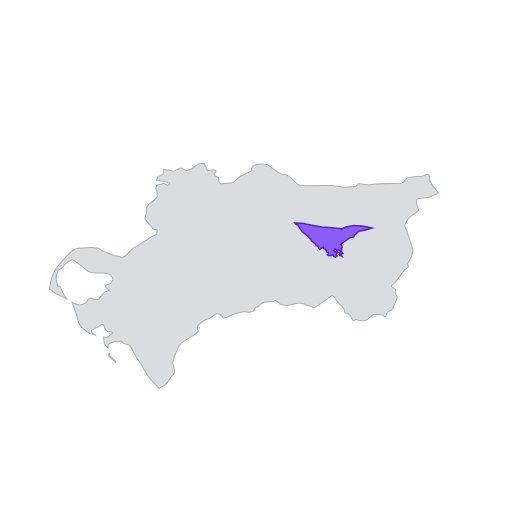 Bayramaly, Mary, Turkmenistan (highlighted), rotated 325°
{"feature_id": "10190150B73073283057167", "entity_name": "Bayramaly", "entity_type": "district", "adm_level": 2, "iso_a3": "TKM", "parent_name": "Turkmenistan", "parent_adm1": "Mary", "projection": "robinson", "projection_center": [62.199, 38.282], "detail": "fine", "context": "in_parent", "style": "filled", "palette": "violet", "viewbox_px": 512, "rotation_deg": 325, "n_neighbors": 0, "source": "geoboundaries", "source_scale": "gbopen_adm2", "svg_char_len": 5591}
<svg xmlns="http://www.w3.org/2000/svg" viewBox="0 0 512 512"><g transform="rotate(325 256 256)"><path d="M159.6,179.2L180.7,180.3L187.2,181.1L189.9,178.3L189.8,177.6L188.8,177.0L187.3,175.0L186.2,161.8L188.1,159.9L190.2,158.6L193.4,154.4L195.0,153.2L197.5,152.1L205.5,151.8L208.9,151.0L211.9,146.3L212.5,143.6L214.7,141.4L216.0,141.4L221.4,143.3L222.6,144.2L224.3,147.7L226.4,147.5L226.7,146.9L226.5,146.1L225.0,144.0L221.6,140.1L218.3,137.6L218.1,136.8L220.9,134.9L226.7,135.7L228.1,135.1L229.7,131.9L237.1,139.0L238.5,139.7L244.6,140.6L245.6,141.6L247.6,145.6L249.6,146.7L252.1,147.5L262.9,147.6L266.2,150.3L266.8,151.0L266.1,152.9L265.9,156.6L265.0,158.0L265.5,158.7L269.3,160.2L271.6,162.6L271.8,163.6L271.1,164.3L269.3,163.9L268.5,165.0L268.4,166.9L269.7,168.7L270.1,170.4L268.2,174.2L268.1,175.8L268.7,176.7L278.4,182.4L279.9,182.6L289.3,181.6L291.0,182.2L299.2,183.5L301.5,183.3L303.1,181.5L304.6,180.7L306.0,180.7L309.9,181.9L314.0,184.3L316.8,186.6L318.1,188.6L321.9,199.9L324.4,204.5L327.3,206.9L329.3,211.3L331.1,220.9L332.2,222.9L336.7,226.7L359.7,242.5L366.6,249.6L377.4,256.3L381.3,255.5L389.7,262.8L395.1,265.5L402.0,269.9L416.6,279.7L419.7,280.1L423.2,278.7L426.2,279.5L431.7,282.1L437.6,285.9L442.6,287.2L444.0,288.8L444.1,289.7L441.4,294.5L441.1,300.6L441.6,308.8L440.2,309.0L430.3,306.7L421.0,301.6L418.8,303.2L417.7,304.9L415.4,312.0L402.9,312.4L395.5,315.9L388.9,339.0L387.5,341.8L383.3,345.6L376.1,349.3L375.0,350.7L374.8,352.1L373.9,352.6L369.9,352.5L354.7,357.6L351.3,357.6L350.0,358.0L349.4,358.9L351.1,363.5L349.7,364.8L348.8,367.1L348.0,371.1L338.0,377.3L335.9,378.0L331.8,377.4L329.8,378.1L327.6,380.1L326.6,379.5L326.1,377.5L325.0,376.2L318.8,371.1L311.6,371.9L308.9,371.5L306.7,370.7L303.4,367.8L301.4,365.1L299.1,365.4L298.5,364.1L298.4,362.6L299.0,360.7L298.9,357.3L297.6,354.8L296.2,353.7L297.8,349.7L297.8,346.7L296.8,343.5L296.4,338.8L296.7,334.2L295.4,331.9L274.2,332.1L266.8,321.4L263.7,318.9L253.3,314.4L250.4,312.0L248.1,309.3L247.5,305.7L246.3,303.5L244.7,303.2L236.5,299.0L233.3,297.9L228.8,298.9L226.1,297.7L223.0,299.3L221.7,299.4L218.3,298.5L214.2,294.6L210.8,293.1L203.6,290.6L198.5,289.9L194.0,288.4L193.5,287.8L193.4,284.6L192.8,283.3L191.6,281.6L189.8,280.4L182.1,280.5L178.5,279.3L175.7,279.1L169.5,279.4L167.5,280.2L166.4,281.3L165.6,284.4L164.9,284.9L158.9,285.0L146.2,284.3L140.8,285.8L132.5,290.7L127.6,294.8L126.2,296.6L123.2,303.8L121.9,304.9L120.3,305.7L118.6,305.8L111.0,308.7L108.1,309.4L100.6,309.0L99.1,298.3L98.7,289.9L99.9,278.2L99.8,270.7L101.3,259.2L101.0,256.5L97.3,251.4L96.8,247.9L94.5,247.7L90.8,244.8L87.1,243.7L85.3,243.6L83.5,244.4L82.2,246.1L81.4,243.5L81.5,240.7L84.7,234.9L86.5,236.6L88.8,237.3L94.5,236.9L94.0,234.9L91.1,232.9L90.6,230.3L90.9,227.6L91.8,225.1L90.9,224.0L89.6,223.4L86.5,223.5L78.5,222.5L77.4,225.5L79.5,229.5L76.0,224.9L73.7,220.3L72.3,215.0L72.3,209.1L75.8,199.8L78.7,188.4L81.6,193.2L83.8,195.3L88.8,196.7L91.2,196.4L93.8,195.1L96.3,195.5L100.1,200.5L102.9,201.0L108.8,199.1L111.6,198.7L113.9,199.6L116.4,199.6L115.4,197.3L115.1,195.0L116.6,193.8L121.1,195.1L124.8,193.8L125.5,193.2L125.9,191.2L125.5,187.3L124.7,185.7L122.7,183.4L114.8,177.8L112.1,175.6L109.9,172.8L106.6,161.5L104.0,154.2L103.0,153.4L98.2,152.8L89.2,154.5L86.0,154.1L84.5,154.9L80.7,158.0L78.9,160.6L76.3,166.5L78.0,168.5L76.2,178.5L76.8,182.8L76.5,183.1L74.0,177.8L70.6,172.5L67.9,164.3L73.5,159.0L78.2,155.2L83.2,152.4L88.4,150.5L100.0,147.6L106.4,146.5L111.6,146.3L115.5,148.1L126.0,154.6L130.5,158.3L131.8,159.8L132.9,163.4L140.4,174.8L142.3,176.4L145.2,180.0L148.1,181.1L159.6,179.2ZM80.4,261.2L80.1,262.8L78.8,258.2L78.3,253.1L79.3,251.6L80.3,251.7L79.2,253.6L80.4,261.2Z" fill="#d9dde1" stroke="#a8b0b8" stroke-width="1"/><path d="M319.5,301.2L319.9,301.7L319.9,301.8L320.4,302.1L320.4,302.4L320.4,302.5L321.0,302.6L321.4,302.3L322.4,302.4L322.4,302.2L322.4,301.6L322.9,300.5L323.1,300.5L323.5,300.4L323.7,300.2L325.4,300.1L325.4,299.7L325.3,298.8L324.9,298.8L324.8,298.6L324.7,298.5L324.1,298.5L323.6,298.2L323.0,298.2L323.0,295.9L323.8,295.9L324.0,295.5L325.0,295.6L325.1,297.6L326.5,297.5L327.2,298.4L327.8,300.0L327.1,301.0L326.4,301.4L326.3,301.5L325.2,302.3L324.8,303.4L325.9,304.8L326.2,305.4L326.4,304.2L326.0,303.1L327.2,303.0L328.0,303.5L328.6,303.8L328.5,301.4L329.4,300.5L330.0,299.7L330.5,298.8L330.3,298.3L331.5,298.2L332.0,297.5L332.1,296.4L332.2,294.9L334.3,294.9L337.4,294.9L340.7,294.9L343.6,294.9L345.5,295.7L346.8,296.3L347.6,296.0L348.7,295.4L351.3,295.2L352.6,294.7L353.2,294.8L355.0,294.9L356.2,295.5L360.3,297.4L367.0,299.6L363.9,296.1L360.7,292.9L359.4,291.7L356.3,289.3L356.2,289.3L355.1,288.4L353.2,286.9L352.5,286.6L348.2,284.6L346.1,283.7L344.1,283.4L344.1,283.5L341.9,283.0L335.3,277.2L334.2,276.2L329.2,272.1L327.1,270.6L315.2,258.5L314.3,257.1L311.9,255.2L310.7,254.4L309.9,253.6L308.2,252.4L306.8,251.2L306.8,251.3L307.0,252.6L307.2,253.2L307.4,253.6L307.6,254.0L308.0,254.5L307.9,257.2L307.7,262.0L308.5,264.9L309.0,266.5L309.3,267.7L309.7,269.0L309.8,269.9L309.9,270.7L310.1,271.3L310.0,272.5L310.3,272.6L310.5,272.7L310.5,272.8L310.6,274.0L310.2,274.7L310.0,275.1L310.4,276.4L311.4,279.8L311.4,280.0L311.5,281.0L311.4,282.0L311.6,282.1L311.9,282.2L311.9,283.1L312.1,283.5L312.0,285.9L312.0,286.0L312.1,287.1L313.0,287.1L316.2,287.1L315.6,288.5L316.1,289.0L316.3,289.4L316.4,289.6L316.6,290.0L316.7,290.3L316.8,291.1L316.9,291.4L316.5,292.2L316.2,292.7L316.1,292.8L316.6,293.8L317.3,294.6L316.7,295.6L315.1,296.0L315.5,297.1L315.9,297.4L316.7,298.1L319.6,299.4L319.7,300.2L319.7,300.6L319.7,300.8L319.6,301.0L319.5,301.2Z" fill="#8b5cf6" stroke="#5b21b6" stroke-width="1.5"/></g></svg>